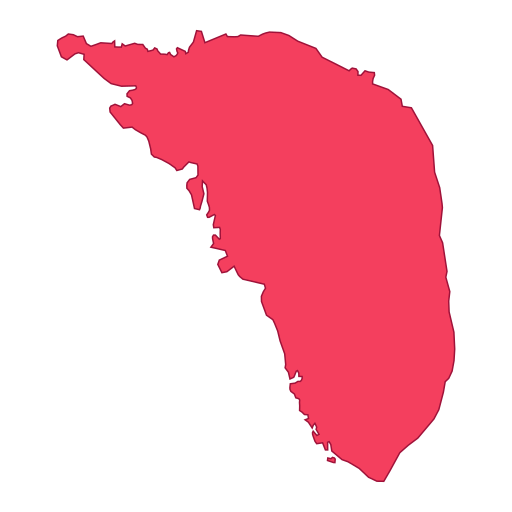 the district of Fanapanges, Federated States of Micronesia
{"feature_id": "79324940B4791300793678", "entity_name": "Fanapanges", "entity_type": "district", "adm_level": 2, "iso_a3": "FSM", "parent_name": "Federated States of Micronesia", "parent_adm1": "", "projection": "robinson", "projection_center": [151.663, 7.353], "detail": "fine", "context": "isolated", "style": "filled", "palette": "rose", "viewbox_px": 512, "rotation_deg": 0, "n_neighbors": 0, "source": "geoboundaries", "source_scale": "gbopen_adm2", "svg_char_len": 3609}
<svg xmlns="http://www.w3.org/2000/svg" viewBox="0 0 512 512"><path d="M197.1,164.0L197.9,166.2L198.0,175.1L196.0,177.7L189.7,179.4L187.1,182.8L186.8,185.4L186.9,188.3L189.0,190.6L191.5,194.8L194.5,208.5L199.5,209.7L200.2,208.0L200.5,206.1L201.9,201.6L203.9,193.8L202.2,186.7L202.5,180.9L204.1,182.6L206.2,184.7L207.0,188.0L207.5,192.5L207.3,201.2L208.6,204.8L209.4,207.4L209.5,210.3L208.5,212.2L206.7,214.9L207.6,217.3L209.1,217.3L214.3,214.5L215.4,215.5L213.3,224.7L213.8,227.7L219.6,227.4L220.3,229.3L220.2,232.8L220.3,238.6L219.3,239.2L215.4,235.1L213.5,235.1L212.5,236.8L212.6,238.8L213.6,243.5L210.9,247.2L216.7,248.5L225.3,250.5L227.5,256.2L219.3,260.1L217.8,264.4L221.9,272.7L226.9,271.7L234.1,266.2L238.2,274.7L239.7,276.5L242.9,279.2L264.3,284.2L265.5,288.2L263.4,291.6L261.4,296.3L261.5,301.5L266.5,315.2L272.9,319.7L274.6,323.3L277.7,331.0L280.1,340.9L284.7,353.8L285.7,364.6L285.1,367.8L288.4,372.2L290.0,379.0L293.7,377.3L294.4,375.9L295.5,373.1L296.3,371.2L297.5,370.6L298.8,373.2L298.9,376.4L302.1,376.5L302.2,378.3L301.4,380.3L300.3,381.4L297.9,381.4L295.2,383.1L290.3,383.8L289.9,387.6L290.0,389.4L290.9,391.4L294.4,394.0L295.8,397.8L298.8,398.7L299.7,400.0L299.5,402.5L299.7,405.8L299.6,410.5L302.0,412.1L304.4,414.5L307.9,414.8L308.5,418.5L305.1,419.8L308.4,422.2L312.2,428.0L313.2,425.3L314.9,423.3L315.8,425.1L316.7,427.2L316.1,429.3L319.0,434.3L316.9,435.5L313.2,431.2L312.5,432.6L312.6,434.3L313.2,436.3L315.0,441.3L316.7,443.7L322.6,442.8L325.4,449.9L327.7,449.9L327.6,442.3L329.1,441.6L330.8,444.5L331.8,451.0L342.0,459.6L348.1,461.8L359.2,468.4L368.6,477.3L376.9,481.2L383.8,481.3L389.9,470.8L399.8,452.7L408.2,445.3L417.8,438.1L433.9,419.0L438.8,409.7L443.4,392.1L445.2,381.7L448.7,378.4L452.1,371.1L454.0,360.7L454.7,349.1L453.9,332.2L449.1,311.9L448.7,301.1L449.8,291.6L445.8,277.2L447.0,271.4L442.6,242.8L439.4,235.5L442.4,207.6L442.0,203.4L439.7,187.7L434.6,172.2L432.6,145.5L411.4,107.8L402.3,106.3L401.0,99.2L388.2,89.5L372.6,83.9L372.6,81.4L373.1,78.6L374.6,75.2L374.3,72.6L368.8,72.1L365.0,70.8L361.0,75.3L357.9,75.2L358.0,71.6L356.1,68.9L352.2,68.1L350.7,69.2L349.1,70.8L322.1,57.2L315.9,48.4L297.8,41.2L288.9,35.5L280.8,32.6L269.5,32.1L265.7,33.0L262.6,34.1L258.3,36.3L240.6,35.0L237.9,36.6L234.4,36.8L227.4,36.6L225.9,34.0L204.9,42.7L201.4,31.4L196.6,30.7L193.4,42.1L189.5,47.2L188.5,50.3L188.3,52.2L185.8,53.7L185.3,51.4L177.4,47.7L176.5,48.9L177.1,51.6L177.8,52.9L177.2,54.3L176.0,55.7L173.9,56.8L170.6,54.5L169.6,52.4L168.5,52.7L167.1,54.6L164.8,54.2L160.6,54.1L157.7,50.8L157.0,49.0L154.7,47.9L153.1,50.0L151.9,50.4L147.9,51.4L147.3,49.2L145.4,48.2L142.8,44.5L137.7,44.4L134.7,43.3L125.2,46.0L122.2,43.8L121.3,47.1L118.6,47.1L114.8,46.9L114.6,40.9L113.0,42.0L111.8,43.5L100.7,42.8L96.4,44.4L90.9,46.3L86.4,43.6L83.2,36.1L77.5,36.7L73.3,34.7L68.3,34.0L65.6,36.2L62.1,37.8L59.8,39.2L57.8,40.5L57.3,45.8L61.4,56.8L67.0,59.9L68.6,58.7L74.9,53.9L78.4,52.7L84.1,54.3L84.0,56.3L83.8,59.6L104.2,78.5L111.1,83.6L121.5,86.2L135.7,85.8L136.4,87.3L136.3,88.5L135.0,89.5L132.6,90.2L129.5,90.7L127.0,93.8L127.1,96.3L130.4,97.9L132.1,100.5L132.6,103.5L131.7,104.7L129.6,105.2L124.5,103.7L120.8,106.6L115.0,104.3L113.1,105.2L110.9,106.1L109.7,108.1L110.1,112.0L120.2,124.6L123.4,128.1L132.1,127.1L135.4,129.7L140.6,132.7L145.4,135.2L147.0,137.0L148.8,141.2L150.7,149.0L151.4,154.1L154.3,157.0L156.6,157.4L161.8,159.6L169.0,163.5L175.1,167.8L176.8,170.5L182.3,169.0L183.8,167.0L188.9,161.9L190.6,162.5L197.1,164.0ZM332.5,457.4L331.0,458.7L327.8,458.0L327.5,460.5L333.4,462.5L334.9,462.6L335.2,459.1L334.4,458.0L332.5,457.4Z" fill="#f43f5e" stroke="#9f1239" stroke-width="1.5"/></svg>